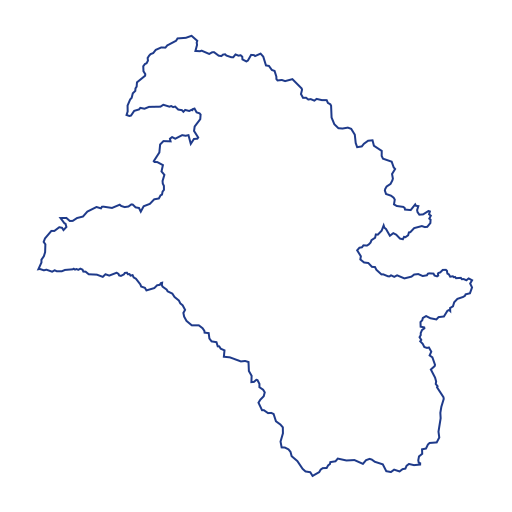 the district of Chumbivilcas, Cusco, Peru, rotated 272°
{"feature_id": "86281439B72283889769086", "entity_name": "Chumbivilcas", "entity_type": "district", "adm_level": 2, "iso_a3": "PER", "parent_name": "Peru", "parent_adm1": "Cusco", "projection": "albers", "projection_center": [-71.945, -14.411], "detail": "fine", "context": "isolated", "style": "outline", "palette": "blue", "viewbox_px": 512, "rotation_deg": 272, "n_neighbors": 0, "source": "geoboundaries", "source_scale": "gbopen_adm2", "svg_char_len": 6065}
<svg xmlns="http://www.w3.org/2000/svg" viewBox="0 0 512 512"><g transform="rotate(272 256 256)"><path d="M392.4,121.7L391.5,124.6L392.0,126.2L396.8,129.2L398.4,134.0L400.0,135.2L399.3,139.4L401.3,143.9L401.9,155.3L403.9,158.1L402.2,164.3L402.9,166.0L401.9,168.0L402.5,170.0L399.6,173.2L399.2,176.8L397.6,178.4L399.5,180.1L398.6,184.2L399.7,186.2L399.5,187.3L400.5,187.5L401.2,189.4L397.5,191.6L396.6,194.6L395.4,195.7L390.8,195.5L383.3,190.2L378.8,189.7L372.4,194.1L371.2,193.3L370.8,189.9L365.8,186.9L374.4,184.3L373.7,181.5L374.2,178.0L370.4,171.2L371.9,168.0L370.2,165.9L367.6,166.6L367.6,159.5L364.1,156.3L356.1,155.8L347.2,150.5L346.4,151.3L346.4,154.1L343.6,159.8L337.2,158.6L333.9,161.6L327.7,160.0L325.1,160.3L322.9,161.5L318.9,161.7L317.1,160.4L314.1,159.9L313.3,158.5L310.1,156.9L309.1,152.3L304.4,148.1L301.8,142.0L296.3,139.3L299.9,137.4L300.4,134.0L303.1,131.0L303.2,129.6L301.0,126.8L300.3,123.0L301.3,119.5L302.5,118.0L299.0,110.4L300.0,101.7L299.8,100.3L298.2,99.4L299.4,94.9L294.5,85.9L289.4,81.7L287.7,75.8L284.7,71.6L284.5,68.7L287.4,65.2L287.1,59.3L282.0,63.4L281.6,64.5L278.4,65.5L275.2,62.7L277.4,61.2L277.9,58.4L274.0,53.6L273.9,50.6L266.2,44.5L262.7,43.3L260.3,45.1L252.4,45.1L248.4,44.0L244.8,41.7L242.0,41.8L235.2,39.0L235.5,40.4L234.3,44.5L235.0,47.0L233.2,52.8L234.7,55.3L233.8,57.4L234.0,62.5L235.4,65.6L236.3,73.3L236.9,74.3L236.1,75.6L236.7,77.0L236.0,78.9L237.2,80.9L236.3,83.1L234.4,84.0L234.4,86.2L231.9,89.5L231.8,97.6L229.8,103.6L232.5,106.2L231.3,110.0L234.4,117.3L233.3,119.2L231.8,119.9L231.4,121.7L233.0,124.6L234.5,125.5L234.8,127.6L233.3,128.6L233.5,130.2L232.0,131.3L232.6,133.3L230.3,134.5L229.1,136.8L223.6,141.4L221.5,142.3L220.3,146.1L217.8,147.7L220.4,155.5L223.3,158.2L223.8,160.8L225.6,161.9L226.0,163.1L223.6,162.9L222.1,163.7L219.3,167.9L217.6,168.9L215.5,173.7L212.2,176.0L208.8,180.5L206.0,182.0L204.2,184.4L199.7,187.0L196.6,185.4L192.9,186.3L188.7,188.8L184.5,194.2L184.7,201.3L182.0,205.1L179.4,207.0L177.6,207.3L177.3,211.4L171.9,212.3L169.1,214.6L168.5,219.5L164.4,220.9L164.4,222.4L162.1,224.0L160.6,227.8L154.2,227.4L153.8,233.4L150.1,244.6L150.7,248.8L149.8,252.2L140.8,252.9L136.1,255.8L129.8,255.8L130.1,258.3L132.3,260.7L132.0,261.8L128.3,263.9L125.0,264.0L122.6,267.8L120.0,269.5L116.1,268.6L112.5,265.3L109.5,263.6L102.1,267.4L102.2,269.2L99.4,273.5L99.7,276.8L98.7,279.1L91.5,281.7L88.4,286.3L85.7,288.8L79.7,289.1L71.4,287.0L65.6,288.3L65.6,291.5L63.9,295.2L61.5,297.3L57.2,298.6L52.5,304.5L44.9,310.0L42.4,313.0L41.8,317.8L38.2,320.2L42.2,326.7L44.8,328.1L46.3,330.1L46.6,334.0L49.3,335.4L50.6,337.1L52.6,337.5L53.6,342.6L56.4,344.8L54.8,353.5L55.5,361.5L52.0,370.1L55.8,373.1L57.2,376.6L56.6,378.8L54.5,381.9L52.2,390.0L45.5,393.7L44.8,398.4L47.3,401.5L45.7,407.0L48.1,409.9L48.7,412.7L51.6,413.8L53.5,416.1L52.5,421.2L53.3,427.3L54.6,427.3L55.3,425.8L57.5,425.3L61.4,425.9L64.1,429.0L68.6,428.7L69.5,432.6L73.6,434.4L75.2,436.0L76.0,443.1L81.0,445.5L86.8,444.5L100.3,446.2L105.7,445.7L111.8,446.5L119.7,448.6L121.4,448.3L131.1,441.5L132.2,442.0L134.4,440.1L136.9,440.4L140.7,439.2L148.7,434.7L152.2,438.4L153.5,438.7L160.9,435.8L162.7,433.0L166.5,434.5L170.6,432.0L170.1,430.1L170.9,427.4L174.0,425.7L176.5,423.1L177.9,424.1L180.6,422.3L182.7,423.4L184.7,423.3L187.8,424.5L189.6,426.8L190.5,426.6L191.1,423.0L195.7,422.7L197.6,424.4L199.9,424.9L201.9,428.1L199.9,432.4L198.9,438.5L201.3,440.6L202.1,445.9L207.9,449.2L208.8,450.9L207.8,452.0L210.8,451.8L212.6,454.6L216.7,455.7L220.2,458.8L222.3,464.4L223.5,466.2L225.0,466.8L226.2,471.1L232.1,473.0L236.0,471.0L239.3,472.8L241.0,469.3L239.1,467.1L240.2,464.3L240.0,462.5L241.3,461.5L240.8,456.7L242.0,455.7L241.7,454.4L242.6,453.4L242.1,450.8L244.4,449.4L245.1,447.9L247.9,447.3L248.8,446.2L248.6,443.1L246.0,440.7L245.4,438.9L244.6,438.4L242.8,438.8L242.0,437.7L242.7,435.1L244.6,434.0L244.7,429.7L244.3,428.4L242.7,427.5L241.8,423.3L243.6,418.8L243.0,414.7L240.8,412.1L238.8,405.1L241.6,397.7L240.0,394.9L241.4,391.6L240.3,390.2L240.3,388.7L242.1,383.8L242.0,382.0L246.4,376.8L249.1,375.3L249.2,372.3L252.9,368.5L253.3,364.2L256.2,360.4L259.4,360.8L265.2,356.9L267.9,359.1L268.4,361.6L270.4,363.0L270.3,366.5L271.5,368.3L273.4,370.0L275.9,370.9L278.4,374.4L281.7,375.0L281.6,377.0L285.7,380.7L291.0,382.5L288.8,383.3L287.5,385.0L280.9,389.1L283.6,392.4L282.2,395.4L278.4,399.3L277.9,402.2L280.3,403.3L280.0,404.6L282.0,407.3L284.9,408.0L285.2,409.4L289.4,413.1L291.7,420.7L290.8,423.7L291.1,426.1L295.0,429.1L298.4,429.2L299.4,427.9L302.4,429.3L303.7,427.5L306.6,428.2L307.0,426.8L303.4,421.5L303.0,417.8L305.5,415.9L307.5,415.4L311.5,416.5L311.8,414.0L313.1,413.3L307.3,409.0L307.6,403.3L309.2,402.9L310.2,401.5L310.9,394.9L312.4,392.1L317.2,392.7L319.1,391.5L321.0,388.8L322.5,383.8L325.9,382.5L327.5,382.8L330.0,384.1L332.7,387.9L336.2,389.6L338.1,390.1L342.7,389.1L347.8,392.0L349.4,390.5L355.0,388.3L357.7,379.5L360.4,378.1L365.4,378.0L370.3,370.0L375.7,368.4L375.1,364.0L371.9,359.9L369.2,357.9L368.3,353.3L372.4,351.7L380.7,350.5L386.4,346.7L387.5,343.3L386.4,338.0L386.6,333.9L390.4,329.7L397.0,326.7L408.8,325.8L410.2,325.0L411.5,322.5L414.2,321.2L414.1,316.3L415.1,311.1L413.3,308.9L414.7,305.2L414.2,302.8L415.9,300.5L415.7,297.5L419.4,295.3L423.7,296.2L425.0,295.8L434.0,286.2L431.8,279.0L432.8,275.7L432.2,271.4L433.6,270.2L435.9,270.1L441.6,268.1L442.5,265.3L446.4,262.3L446.8,259.3L455.5,256.3L458.4,253.5L455.8,248.1L456.7,246.9L456.8,244.1L451.1,241.1L450.1,239.6L452.0,235.6L454.7,235.3L456.1,233.6L455.6,231.5L456.7,228.5L453.8,226.3L453.8,224.3L455.3,219.4L456.5,218.1L456.1,216.0L454.6,214.4L454.9,211.7L458.2,207.0L458.1,205.1L456.3,202.2L459.3,194.5L458.7,192.9L458.8,188.3L464.9,189.7L467.2,189.3L469.0,189.8L473.8,183.9L471.6,178.3L470.7,170.0L468.3,168.6L463.4,160.0L461.1,158.2L461.1,154.0L458.5,148.6L455.2,146.2L454.1,143.6L452.5,142.2L450.1,140.8L447.5,141.2L444.8,139.9L444.0,138.3L441.7,136.7L436.7,137.1L433.9,139.0L432.3,138.9L425.4,131.0L421.1,130.8L419.3,129.7L416.8,129.6L414.3,127.2L409.7,126.2L408.1,124.8L401.9,122.4L396.0,122.7L392.4,121.7Z" fill="none" stroke="#1e3a8a" stroke-width="2"/></g></svg>